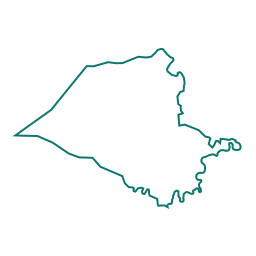 outline of Enrique Martínez, Treinta y Tres, Uruguay
{"feature_id": "84410073B18985772517104", "entity_name": "Enrique Martínez", "entity_type": "district", "adm_level": 2, "iso_a3": "URY", "parent_name": "Uruguay", "parent_adm1": "Treinta y Tres", "projection": "orthographic", "projection_center": [-53.826, -33.156], "detail": "fine", "context": "isolated", "style": "outline", "palette": "teal", "viewbox_px": 256, "rotation_deg": 0, "n_neighbors": 0, "source": "geoboundaries", "source_scale": "gbopen_adm2", "svg_char_len": 4139}
<svg xmlns="http://www.w3.org/2000/svg" viewBox="0 0 256 256"><path d="M86.7,66.1L51.1,109.9L15.4,135.4L22.8,135.7L37.4,136.0L52.6,142.6L68.9,153.6L79.3,157.4L92.6,157.8L100.3,166.7L122.3,176.1L124.8,183.2L128.7,187.1L132.2,187.4L133.6,187.8L133.8,189.1L133.5,190.0L133.7,191.1L135.2,191.6L136.4,190.3L137.5,188.8L138.4,188.2L140.3,187.9L141.9,187.8L143.2,188.5L142.0,191.5L142.3,192.8L142.9,193.8L144.7,193.9L146.2,191.2L147.4,189.3L148.8,189.7L149.0,191.6L149.1,194.0L149.8,195.7L154.1,197.5L157.3,199.0L157.7,204.0L158.2,205.7L164.4,205.4L167.6,207.1L167.4,206.3L167.3,205.6L167.5,205.0L167.8,204.6L168.3,204.3L168.8,204.0L169.3,203.8L169.5,203.8L169.9,203.9L170.5,204.0L170.9,203.9L171.3,203.7L171.7,203.2L171.9,202.4L172.0,201.5L172.0,200.5L172.1,199.7L172.5,198.9L172.9,198.2L173.1,197.9L173.1,197.3L173.0,196.7L173.0,195.9L173.7,194.7L174.2,193.7L174.4,192.4L174.6,191.9L174.9,191.6L175.4,191.3L176.1,191.0L176.8,190.7L177.4,190.7L178.0,191.0L178.4,191.4L178.4,192.6L178.5,193.9L178.5,194.8L178.4,195.8L178.5,196.5L179.0,197.1L179.4,197.5L179.9,197.9L180.1,198.8L180.1,199.7L179.9,200.6L180.4,201.4L180.9,201.7L181.6,201.8L182.3,201.8L183.0,201.4L183.4,200.6L183.5,200.6L183.7,199.8L183.5,199.1L183.3,198.5L183.2,197.9L183.4,197.1L183.6,196.6L183.6,196.0L183.7,195.2L183.7,194.4L183.9,193.9L184.3,193.5L185.0,193.0L185.5,192.6L186.0,192.2L186.6,192.0L187.2,192.1L187.8,192.3L188.7,192.6L189.6,193.0L190.4,193.5L191.1,193.8L191.7,193.9L192.3,193.9L192.7,193.7L193.1,193.4L193.3,193.1L193.5,192.8L193.5,192.6L193.3,192.1L193.1,191.4L193.1,190.8L193.4,190.3L193.9,190.1L194.6,189.9L195.1,189.6L195.5,189.0L196.0,188.6L196.6,188.4L197.2,188.4L197.9,188.6L198.4,188.9L198.6,189.6L198.8,190.3L198.8,191.1L199.1,191.7L199.5,192.0L200.1,192.1L200.6,191.7L200.9,191.3L200.9,191.0L200.9,190.3L200.8,189.6L200.7,188.9L200.4,188.4L200.0,187.9L199.6,187.4L199.3,186.6L199.0,185.7L199.0,184.8L199.1,184.0L199.6,183.3L200.1,182.7L200.6,182.1L201.2,181.6L201.4,181.1L201.2,180.4L200.9,180.0L200.5,179.9L199.8,179.9L199.1,180.0L198.2,179.8L197.6,179.6L197.1,179.2L196.7,178.6L196.3,177.7L196.3,176.8L196.2,175.9L196.4,175.2L197.0,174.5L197.7,173.8L198.3,173.2L199.0,172.9L199.9,172.8L200.7,172.8L201.6,172.9L203.0,172.8L203.7,172.4L204.3,171.7L204.6,171.2L204.9,170.1L205.0,169.2L205.1,168.1L205.0,166.9L204.8,166.1L204.4,165.1L204.0,164.5L203.1,163.6L202.3,163.1L202.0,162.8L201.7,162.5L201.5,161.9L201.5,161.5L201.4,160.7L201.5,159.7L201.8,158.8L202.3,158.0L202.4,157.9L202.9,157.6L203.9,157.3L204.8,157.0L205.9,156.7L206.7,156.4L207.9,155.7L209.1,155.3L210.1,155.0L211.1,154.7L212.1,154.5L212.9,154.4L213.7,154.5L214.4,154.7L215.2,155.1L215.9,155.5L216.3,155.9L216.9,155.8L217.3,155.3L217.5,154.8L217.5,154.1L217.5,153.5L217.8,152.9L218.4,152.1L219.2,151.5L219.9,150.9L220.7,150.5L221.5,150.2L222.4,150.2L223.2,150.2L224.0,150.3L224.9,150.5L225.6,150.8L226.7,150.7L227.7,150.6L228.5,150.4L229.0,149.8L229.3,149.3L229.4,148.2L229.6,147.4L229.6,146.6L229.5,145.9L229.4,145.3L229.2,144.6L229.1,143.9L229.3,143.3L229.8,143.0L230.6,142.9L231.2,143.1L231.6,143.4L232.2,143.9L232.6,144.6L232.7,145.4L232.6,146.3L232.6,147.2L232.7,147.9L232.9,148.5L233.4,149.1L234.1,149.5L235.0,149.8L235.6,149.9L236.4,150.0L237.3,150.0L238.0,149.9L238.8,149.7L239.4,149.4L240.1,148.8L240.4,148.4L240.5,147.9L240.6,147.4L240.6,146.6L240.4,145.9L240.2,145.1L239.9,144.5L239.5,143.9L239.2,143.5L238.7,143.1L238.1,142.8L237.1,142.4L236.2,142.2L235.7,141.7L235.4,141.2L235.3,140.7L235.5,140.3L232.1,138.9L229.0,139.9L223.3,139.0L220.7,138.9L220.1,143.1L218.2,141.2L216.1,140.9L214.1,145.2L212.4,147.5L208.7,144.1L210.3,138.4L209.0,137.4L205.3,136.6L198.8,130.2L184.8,124.6L179.3,125.6L178.4,114.7L181.7,113.8L182.8,113.2L181.1,111.0L180.6,108.0L180.8,105.8L178.3,104.1L177.4,96.5L180.2,92.0L183.6,90.9L183.9,86.7L184.6,82.9L183.9,77.8L181.6,73.6L179.9,72.2L177.8,72.8L177.6,75.3L176.1,76.0L172.1,75.0L167.7,71.5L167.0,69.0L169.6,64.6L173.5,60.1L173.0,58.2L170.1,57.0L166.8,53.9L164.0,50.5L163.0,49.2L161.0,48.9L157.5,50.1L155.5,52.7L151.2,56.7L146.3,57.5L138.2,56.8L122.5,63.1L116.1,63.2L108.1,62.2L93.6,66.3L86.7,66.1Z" fill="none" stroke="#0f766e" stroke-width="2"/></svg>